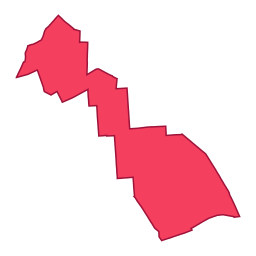 Chiselet, Calarasi, Romania
{"feature_id": "2599482B88528086640764", "entity_name": "Chiselet", "entity_type": "district", "adm_level": 2, "iso_a3": "ROU", "parent_name": "Romania", "parent_adm1": "Calarasi", "projection": "albers", "projection_center": [26.795, 44.194], "detail": "fine", "context": "isolated", "style": "filled", "palette": "rose", "viewbox_px": 256, "rotation_deg": 0, "n_neighbors": 0, "source": "geoboundaries", "source_scale": "gbopen_adm2", "svg_char_len": 4851}
<svg xmlns="http://www.w3.org/2000/svg" viewBox="0 0 256 256"><path d="M161.7,240.6L162.1,240.4L171.9,237.2L180.4,234.3L182.1,233.8L182.8,233.6L183.0,233.5L184.6,233.0L192.0,230.1L191.1,228.4L191.6,228.1L192.0,227.9L192.5,227.7L194.6,226.5L202.3,221.9L208.7,218.3L215.2,216.0L215.5,216.0L215.8,215.8L217.2,215.3L223.0,214.7L234.2,216.7L234.2,217.2L239.6,216.5L235.4,206.9L234.7,205.3L232.2,200.0L231.4,198.3L231.3,198.0L231.1,197.7L230.5,196.6L229.9,195.6L229.8,195.3L229.7,195.2L229.6,194.7L229.5,194.3L229.5,194.2L229.4,193.9L229.4,193.7L229.4,193.3L229.4,193.2L229.0,192.6L228.5,191.4L226.5,188.1L224.7,185.2L223.8,183.7L222.9,182.1L221.0,179.0L220.4,177.9L219.0,175.4L217.1,172.4L215.5,169.6L214.0,167.2L212.6,165.0L210.6,161.8L208.4,158.2L206.4,155.0L206.0,154.3L205.0,153.3L203.4,152.0L201.8,150.7L198.7,148.1L195.6,145.5L192.7,143.1L190.3,141.0L188.2,139.3L186.7,138.0L185.5,137.0L184.2,135.9L182.0,134.1L181.7,134.5L180.6,134.6L177.9,134.7L176.8,134.7L175.6,134.8L173.2,134.9L171.4,135.1L168.3,135.3L166.2,135.4L165.7,126.2L163.9,126.3L159.7,126.5L157.5,126.6L156.2,126.7L152.3,126.9L150.8,126.9L147.7,127.1L147.3,127.1L144.9,127.4L142.7,127.7L137.3,128.3L129.7,128.8L129.5,126.2L129.2,121.5L129.0,118.5L128.8,115.8L128.6,111.9L128.3,108.2L127.9,101.9L127.5,95.5L127.3,92.6L127.1,89.6L127.0,88.1L126.9,88.1L125.0,88.2L122.1,88.4L118.3,88.6L116.1,88.7L117.0,79.0L117.1,78.7L116.1,78.3L113.3,76.8L112.8,76.5L112.6,76.4L112.4,76.2L112.2,75.8L112.0,75.7L111.7,75.6L110.5,75.2L110.3,75.1L109.4,74.7L107.8,73.8L105.8,72.8L102.7,71.1L100.7,70.0L99.7,69.5L99.2,69.2L98.9,69.1L98.6,69.0L98.4,69.0L98.2,68.9L97.6,68.9L97.0,69.0L96.4,69.1L96.1,69.2L94.7,70.0L90.1,72.8L87.3,74.5L86.9,74.7L87.3,62.9L87.3,62.0L87.3,61.7L87.1,61.0L87.2,59.5L87.2,58.6L87.3,57.2L87.3,55.5L87.4,52.9L87.6,47.8L87.7,43.9L87.7,42.7L87.7,42.3L80.1,42.1L80.1,42.3L79.6,42.3L79.6,41.9L79.7,40.5L79.9,35.2L80.0,31.0L74.4,29.4L74.0,29.4L74.1,29.2L73.8,28.8L73.5,28.6L73.2,28.4L73.1,28.2L72.7,27.9L71.7,27.1L70.5,26.1L69.9,25.6L69.4,25.3L69.3,25.1L69.2,25.0L69.1,24.9L68.9,24.8L68.8,24.7L68.7,24.6L68.4,24.3L67.4,23.6L66.6,23.0L65.6,22.2L64.9,21.7L64.6,21.4L64.1,20.9L63.0,19.9L62.4,19.2L61.7,18.5L60.8,17.7L60.2,17.1L59.2,16.2L58.4,15.4L57.4,16.4L56.8,17.1L56.1,17.9L56.0,18.0L55.9,18.0L55.7,18.3L55.5,18.5L54.2,20.1L52.6,21.9L51.6,23.0L51.2,23.4L51.1,23.5L51.0,23.8L50.9,23.9L50.7,24.1L50.5,24.3L50.1,24.6L49.4,25.5L49.0,26.0L48.6,26.4L48.3,26.7L48.1,26.9L47.9,27.1L47.6,27.3L47.4,27.4L47.3,27.5L47.2,27.6L46.9,27.9L46.8,28.0L46.7,28.1L46.2,28.4L46.1,28.6L45.9,28.8L45.7,29.0L45.6,29.4L44.9,30.6L44.6,31.3L44.5,31.6L44.3,32.1L44.0,33.3L43.5,34.9L43.3,35.5L43.2,35.8L43.2,36.2L43.1,36.3L42.9,36.8L42.6,37.4L42.0,38.6L41.4,39.8L41.2,40.0L40.9,40.3L40.6,40.4L40.4,40.5L39.8,40.8L37.7,42.0L36.9,42.5L35.8,43.0L35.2,43.3L34.7,43.5L33.8,43.9L33.3,44.2L32.9,44.4L32.7,44.4L32.4,44.4L32.0,44.4L31.9,44.4L31.4,44.6L31.2,44.7L30.8,44.8L30.3,44.9L30.1,44.9L29.9,45.0L29.3,45.3L28.5,45.6L28.0,45.7L28.0,45.8L27.9,45.8L27.9,46.0L27.8,46.3L27.7,46.6L27.5,47.2L27.1,48.4L27.0,48.8L26.7,49.7L25.7,51.9L25.4,52.5L25.3,52.8L25.3,53.1L25.3,53.4L25.3,54.4L25.4,55.2L25.5,56.7L25.5,57.5L25.5,58.0L25.4,58.3L25.4,58.8L25.3,59.5L25.1,60.7L25.0,61.1L24.9,61.4L24.8,61.6L24.7,61.7L24.7,61.8L24.2,61.9L23.8,61.9L23.6,62.0L23.0,63.2L22.2,65.2L20.6,68.7L19.7,70.5L18.3,73.4L17.5,75.2L16.7,76.8L16.6,77.0L16.4,77.3L16.4,77.5L27.8,74.4L34.1,71.5L37.2,70.0L38.2,72.3L38.2,72.5L43.4,87.3L43.9,90.1L44.1,90.8L44.4,91.6L51.0,95.0L57.0,91.5L62.2,101.8L62.3,102.2L62.7,102.1L63.0,101.9L63.5,101.7L64.9,101.1L68.8,99.4L72.0,98.0L73.5,97.2L74.4,96.8L76.3,95.7L78.3,94.6L80.0,93.7L82.9,92.1L86.5,90.1L87.9,89.4L87.9,89.9L87.9,90.4L87.9,91.3L88.1,93.5L88.2,96.4L88.6,100.1L88.7,102.9L89.0,106.0L92.5,105.8L94.6,105.7L96.7,105.6L96.8,105.8L96.9,107.6L97.0,109.3L97.5,118.2L97.8,121.9L98.2,127.6L98.7,134.4L98.8,135.9L98.8,136.0L99.0,136.0L99.9,135.9L102.2,135.8L104.2,135.6L106.2,135.5L106.7,135.4L106.7,136.0L114.4,135.7L114.6,137.7L114.6,139.0L114.7,140.0L114.8,141.1L114.9,142.2L115.0,143.4L115.0,143.9L115.0,144.4L115.1,145.1L115.2,146.2L115.3,147.8L115.4,149.4L115.5,150.3L115.5,151.1L115.6,152.4L115.7,153.3L115.8,154.1L115.8,155.1L115.9,156.1L116.5,166.6L116.6,167.4L116.7,168.2L116.7,168.8L116.8,169.7L116.8,170.7L116.9,171.8L116.9,172.8L117.0,173.7L117.0,174.4L117.2,175.6L117.3,176.8L117.3,177.8L117.3,178.5L117.8,178.4L120.2,178.3L121.4,178.2L122.1,178.1L124.5,177.9L127.0,177.8L129.9,177.5L132.0,177.4L133.1,177.3L133.2,178.5L133.3,180.5L133.4,181.7L133.6,184.4L133.7,186.1L133.9,188.7L134.3,193.8L134.5,196.2L134.0,196.6L134.7,197.2L134.9,197.4L135.5,198.2L136.6,200.0L137.5,201.5L139.9,204.8L142.4,208.4L145.0,212.5L148.1,217.4L150.8,221.9L151.9,223.5L154.7,228.1L154.9,228.3L156.3,229.5L157.8,230.7L158.8,231.5L158.9,232.7L159.1,236.9L161.7,240.6Z" fill="#f43f5e" stroke="#9f1239" stroke-width="1.5"/></svg>